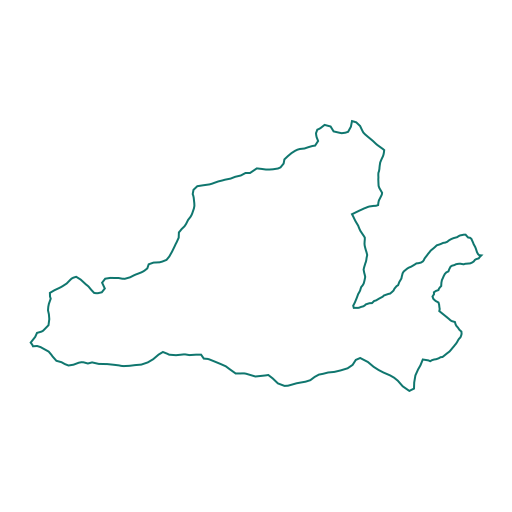 outline of Ugunja, Nyanza, Kenya
{"feature_id": "3690345B50219798141587", "entity_name": "Ugunja", "entity_type": "district", "adm_level": 2, "iso_a3": "KEN", "parent_name": "Kenya", "parent_adm1": "Nyanza", "projection": "mercator", "projection_center": [34.363, 0.207], "detail": "fine", "context": "isolated", "style": "outline", "palette": "teal", "viewbox_px": 512, "rotation_deg": 0, "n_neighbors": 0, "source": "geoboundaries", "source_scale": "gbopen_adm2", "svg_char_len": 5809}
<svg xmlns="http://www.w3.org/2000/svg" viewBox="0 0 512 512"><path d="M284.5,385.9L288.0,385.7L292.0,384.6L296.5,383.3L300.9,382.5L305.5,381.7L310.3,380.2L314.7,376.9L318.9,374.6L323.1,373.8L328.1,372.5L334.4,371.9L340.7,370.4L347.6,368.3L352.6,364.9L355.8,359.9L360.2,358.0L367.9,362.0L373.6,366.8L378.6,370.0L383.4,372.5L390.1,375.4L394.1,377.7L397.8,380.7L402.7,386.3L409.3,390.9L414.0,388.6L414.2,382.5L415.4,375.4L418.1,369.4L420.4,365.4L422.8,359.5L428.4,360.4L430.2,361.2L431.9,360.2L434.1,359.5L436.2,359.2L438.7,358.3L440.6,357.2L442.5,357.0L443.8,356.0L445.4,354.7L447.0,353.4L448.2,352.5L449.5,351.5L451.0,349.8L452.7,347.7L454.0,346.2L455.0,344.9L456.1,343.6L457.2,341.9L458.1,340.2L459.1,338.7L460.4,337.4L461.1,335.7L461.6,333.9L461.4,331.6L459.4,329.8L458.0,327.7L456.4,325.9L455.6,324.4L454.9,322.0L453.1,321.5L451.5,321.0L450.1,320.0L448.8,318.8L439.3,311.1L439.7,309.0L439.4,307.3L439.1,304.6L438.5,302.5L437.2,301.8L435.7,301.0L434.5,300.0L433.3,298.8L432.5,296.5L434.0,294.2L433.9,292.3L436.0,290.9L438.4,290.1L439.0,288.6L440.0,287.3L441.2,286.0L441.4,282.7L441.9,280.1L442.9,278.0L443.6,276.3L444.8,274.0L446.3,272.4L448.4,271.4L449.2,269.3L449.9,267.9L450.6,266.6L452.0,265.7L454.3,265.1L456.1,264.2L458.4,263.8L460.2,263.7L461.9,264.0L463.6,264.3L465.2,263.8L467.5,263.6L470.1,263.4L472.0,262.6L473.7,261.5L474.9,259.9L476.3,259.1L478.7,258.4L479.8,256.9L481.3,255.4L479.2,255.2L478.1,254.2L477.0,252.2L475.8,248.5L475.1,246.8L473.6,244.1L473.1,242.7L472.1,240.5L471.4,238.9L470.1,237.8L468.1,237.5L466.9,236.2L465.6,234.7L463.7,234.7L461.8,235.1L460.2,235.4L458.5,236.2L457.3,237.1L455.5,237.6L453.6,238.1L451.4,239.0L449.2,240.2L447.2,241.8L445.2,242.6L443.1,242.9L441.2,243.8L439.4,244.5L436.8,245.3L435.0,247.0L433.4,248.4L431.9,249.6L430.7,250.6L429.4,252.3L428.2,253.7L426.9,255.5L425.4,257.4L424.5,258.6L423.9,260.0L422.9,261.4L420.9,262.6L418.4,263.2L416.4,263.4L414.8,264.5L412.3,266.0L410.7,266.9L409.3,267.4L407.5,268.4L405.5,270.0L403.7,271.5L402.6,273.3L402.2,275.0L401.8,276.5L401.4,278.5L400.1,280.7L399.3,282.0L398.7,283.6L398.1,285.2L396.6,286.1L394.5,288.6L393.5,290.6L392.0,292.0L390.1,293.6L388.5,293.9L383.9,295.5L382.7,296.7L379.1,298.6L376.1,300.4L374.1,301.0L372.0,303.1L369.5,303.2L367.6,303.8L365.8,304.4L364.8,305.4L363.4,306.3L361.1,306.9L358.8,307.8L356.7,307.9L353.8,307.9L353.2,305.7L354.1,304.0L354.9,302.4L355.9,300.0L356.8,297.8L357.5,295.9L358.2,294.0L359.1,292.5L360.1,290.6L360.7,288.5L361.3,286.9L362.6,285.4L363.7,283.5L364.4,280.9L364.9,278.6L365.2,276.9L364.8,275.0L364.2,272.7L363.6,269.6L364.0,267.8L364.4,266.4L364.9,264.8L365.3,263.4L365.9,261.8L366.3,260.0L366.6,257.8L367.2,255.0L366.5,252.2L365.8,250.0L365.2,247.8L364.7,245.7L364.5,243.9L364.6,241.6L364.8,239.4L364.8,237.6L363.9,236.1L362.4,233.9L360.4,230.9L359.5,229.0L358.8,227.3L358.2,225.7L357.3,224.2L356.4,222.7L355.4,221.0L354.4,219.0L353.6,217.3L352.9,215.9L352.0,214.2L353.9,213.3L355.9,212.3L357.8,211.4L359.4,210.6L361.0,209.9L362.5,209.2L364.2,208.4L365.8,207.8L367.7,207.0L369.3,206.5L371.4,206.2L373.7,205.9L375.9,205.8L378.1,205.1L378.4,202.6L378.9,200.4L379.8,198.7L380.9,196.5L381.8,194.6L382.1,192.8L380.6,190.2L379.3,187.9L378.6,185.9L378.5,184.1L378.4,181.9L378.3,179.2L378.4,177.6L378.3,174.9L378.4,172.9L379.0,171.1L379.4,168.9L379.5,167.5L379.7,165.7L380.2,162.5L381.2,160.0L382.1,158.0L382.9,156.4L383.5,154.6L383.9,152.6L384.2,150.1L382.9,149.0L380.8,147.5L377.2,144.9L375.8,143.7L373.2,141.2L371.8,140.0L370.6,139.0L367.8,136.7L365.0,134.3L363.3,132.5L362.5,131.0L361.8,129.6L360.1,126.0L356.2,122.3L352.0,121.1L350.9,126.7L348.1,131.8L345.4,132.7L341.7,133.2L339.2,132.7L333.6,131.4L330.6,126.5L324.6,124.9L320.5,128.1L319.1,128.9L317.3,129.7L316.0,133.2L316.2,135.1L316.6,137.1L318.1,141.0L315.1,145.6L312.4,146.0L308.6,147.1L306.8,147.7L304.5,148.5L299.8,149.0L297.4,149.7L295.1,150.8L291.5,153.1L287.9,156.1L284.4,159.4L284.1,161.1L283.6,163.6L280.5,167.4L278.0,168.5L272.9,169.3L269.9,169.5L265.7,169.5L263.5,169.2L261.4,168.9L256.8,168.4L250.0,173.0L245.5,173.0L240.8,175.5L235.2,176.8L230.6,178.6L225.0,179.7L222.2,180.5L218.4,181.4L214.4,182.8L212.0,183.7L209.5,184.4L203.0,185.3L197.3,186.2L195.4,188.0L193.5,189.8L192.7,194.1L193.3,195.8L193.7,197.7L194.3,203.3L194.4,205.9L193.9,208.5L192.3,213.2L191.7,214.7L190.6,216.7L188.1,219.9L186.1,223.9L184.5,226.3L181.6,229.1L180.1,231.0L178.9,232.4L178.7,237.7L176.6,242.3L175.6,244.2L174.6,246.4L172.0,251.7L169.3,256.5L166.5,259.9L162.2,261.6L159.6,262.3L153.5,262.6L148.7,264.3L147.3,268.4L144.4,270.7L142.9,271.6L141.3,272.4L137.7,273.8L135.8,274.5L133.8,275.4L130.1,277.3L124.8,278.8L122.2,278.7L118.6,278.0L116.7,278.0L114.8,278.0L110.2,277.9L105.2,278.7L102.1,282.7L104.8,288.5L101.8,292.3L97.9,293.2L96.0,293.2L94.1,292.9L91.2,289.8L88.5,286.5L87.2,285.4L85.9,284.4L83.2,281.9L80.7,279.6L76.2,276.8L73.3,277.7L71.6,278.6L70.3,279.8L66.7,283.5L62.7,286.1L61.0,287.1L59.2,288.0L54.5,290.2L49.9,292.9L50.0,296.5L50.7,298.7L48.9,303.8L48.3,306.7L48.0,310.3L48.9,314.3L49.3,319.1L48.5,325.2L44.8,329.0L43.0,330.8L41.5,331.6L37.0,332.9L35.2,336.9L30.7,342.6L32.3,344.8L33.0,346.3L37.1,346.0L40.6,347.1L42.0,347.9L46.9,350.6L48.7,351.6L51.4,354.8L52.5,356.4L56.4,360.8L61.5,362.2L63.1,363.1L64.9,364.1L68.5,365.5L73.5,364.7L78.8,362.7L81.5,362.2L83.5,362.3L87.9,363.5L92.1,362.4L98.7,363.9L107.4,364.1L114.0,364.8L119.0,365.4L121.3,365.9L123.6,366.1L129.6,365.8L135.1,365.1L141.3,364.6L147.8,362.4L153.2,359.2L158.6,354.6L162.9,352.0L167.2,353.7L169.2,354.7L176.0,355.2L181.0,354.7L183.7,354.4L185.2,354.4L189.5,355.1L195.6,354.7L201.1,354.7L203.8,358.6L207.5,358.9L209.1,359.3L214.3,361.4L220.6,364.0L225.8,366.3L229.4,369.0L235.7,373.5L244.2,373.4L246.0,373.7L255.4,376.5L263.1,375.7L265.8,375.4L268.3,375.0L272.7,378.4L277.9,383.4L284.5,385.9Z" fill="none" stroke="#0f766e" stroke-width="2"/></svg>